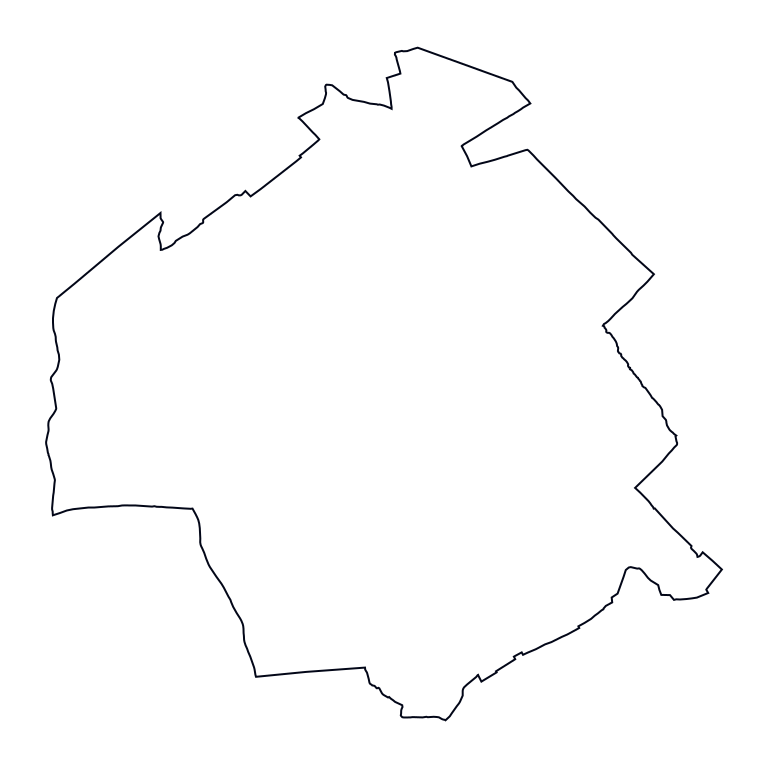 Cozmesti, Iasi, Romania (Albers equal-area conic projection)
{"feature_id": "2599482B90266436678588", "entity_name": "Cozmesti", "entity_type": "district", "adm_level": 2, "iso_a3": "ROU", "parent_name": "Romania", "parent_adm1": "Iasi", "projection": "albers", "projection_center": [28.011, 46.872], "detail": "fine", "context": "isolated", "style": "outline", "palette": "ink", "viewbox_px": 768, "rotation_deg": 0, "n_neighbors": 0, "source": "geoboundaries", "source_scale": "gbopen_adm2", "svg_char_len": 6027}
<svg xmlns="http://www.w3.org/2000/svg" viewBox="0 0 768 768"><path d="M523.0,654.8L528.0,652.5L535.9,649.2L545.0,644.4L551.4,642.1L561.8,636.9L567.3,634.5L579.2,628.0L578.4,626.3L584.6,622.9L591.2,618.8L594.8,615.6L598.0,613.3L601.6,610.3L603.4,609.3L603.5,608.6L605.8,605.9L612.2,602.4L611.7,597.5L617.6,593.6L623.6,576.8L625.8,570.0L628.8,567.5L630.8,567.1L637.2,568.6L639.1,568.4L640.0,568.8L641.7,570.2L644.6,573.5L647.9,577.8L650.7,580.5L658.2,585.1L659.4,589.9L661.3,594.9L670.0,595.1L674.0,599.9L676.3,599.3L679.9,599.5L686.7,599.0L691.8,598.4L696.9,597.6L708.2,593.0L706.3,589.7L706.8,588.8L721.9,569.5L712.4,560.7L702.7,552.3L700.1,555.8L698.7,556.6L697.5,556.9L697.0,554.6L696.5,553.7L693.9,551.0L691.6,548.9L691.0,547.8L691.5,546.0L677.8,532.7L673.1,528.5L654.8,508.4L653.7,508.6L653.3,507.5L652.8,506.7L651.5,505.2L650.4,503.5L648.6,501.2L640.4,492.8L635.1,487.9L662.3,461.5L668.8,453.5L671.9,450.3L674.2,447.5L676.4,445.4L676.9,444.8L677.1,444.1L677.1,442.8L676.5,441.4L675.5,436.4L676.3,435.6L674.1,434.0L672.6,432.4L671.8,431.9L670.0,430.3L669.3,429.4L667.0,425.4L666.4,422.6L666.3,421.3L665.9,419.9L662.6,416.2L662.1,409.8L660.2,406.4L659.0,404.9L658.5,404.7L657.3,403.3L656.7,402.4L654.0,399.4L652.6,398.1L652.2,398.0L650.4,394.9L645.4,387.9L643.9,387.3L642.6,386.2L642.3,385.9L642.3,385.2L641.4,383.7L640.7,381.5L640.1,381.1L639.4,379.9L638.1,378.4L638.0,377.8L636.9,377.2L634.9,374.5L633.6,373.5L633.3,372.4L631.8,370.3L630.0,369.3L630.2,368.6L630.1,367.8L628.8,367.4L628.7,366.9L628.0,365.9L628.2,364.3L627.1,362.3L625.8,360.7L623.9,359.1L623.5,358.5L622.3,357.6L621.2,355.9L621.2,354.6L620.7,353.7L619.3,353.3L618.7,352.2L618.3,352.0L617.9,351.0L618.2,348.1L618.0,347.2L617.2,346.2L616.7,343.5L615.8,341.4L613.7,338.2L612.5,336.9L611.3,334.8L610.0,333.3L609.0,332.8L607.9,332.9L607.0,332.6L606.4,332.2L606.2,331.4L606.4,330.5L606.1,329.6L605.1,328.2L604.6,327.8L604.2,326.3L602.9,325.8L604.0,324.0L605.8,323.0L608.3,321.0L610.8,318.5L615.0,313.9L622.8,306.8L626.5,303.8L632.5,298.2L637.0,291.8L638.8,289.8L643.5,285.6L647.4,281.7L653.9,274.2L632.2,254.7L631.1,252.9L616.1,238.2L613.3,235.2L612.4,234.0L598.4,219.6L595.5,217.7L590.2,212.6L584.6,206.5L576.1,199.1L573.2,195.9L568.4,191.4L555.9,178.3L536.9,159.3L533.5,155.5L528.5,150.5L527.4,149.8L525.4,150.2L507.8,155.7L507.0,156.1L504.5,156.7L495.1,159.7L487.9,161.7L479.7,163.7L471.4,166.4L467.1,156.2L461.7,146.1L462.0,145.7L462.6,145.5L463.3,144.7L476.6,136.7L486.3,130.3L498.0,123.2L503.1,119.9L507.3,117.7L509.0,116.4L513.5,114.0L514.9,112.9L517.9,111.2L521.0,109.2L523.1,107.6L530.3,103.5L528.1,100.5L525.6,98.1L519.1,90.4L516.3,87.7L512.4,81.9L417.7,47.7L413.5,48.9L407.2,51.1L403.2,51.3L401.9,50.9L396.3,52.2L395.0,52.8L394.9,54.7L395.7,55.9L396.4,57.6L396.7,59.5L399.9,71.0L400.4,73.6L386.8,78.0L388.0,82.3L389.5,91.4L390.9,101.4L391.1,104.1L391.6,107.0L391.6,108.8L389.6,107.8L384.0,105.6L379.7,104.5L377.9,104.7L376.9,104.3L370.0,103.6L364.1,101.9L352.6,99.9L347.9,97.9L347.4,97.4L346.7,95.9L346.2,95.2L343.6,94.6L339.9,91.3L332.2,85.3L329.7,84.9L326.5,84.7L325.9,85.1L325.2,86.6L325.6,89.3L325.7,91.3L326.1,92.8L326.0,94.2L324.9,98.2L322.8,104.0L314.0,109.2L305.9,113.2L298.5,117.6L298.5,118.0L299.2,118.3L302.5,121.4L312.8,132.4L315.4,134.9L319.3,139.3L318.4,140.3L313.3,144.7L302.7,153.5L299.7,155.7L301.0,157.4L296.3,161.3L260.5,189.2L250.6,196.4L245.4,191.0L241.7,194.8L240.7,195.3L238.9,195.4L237.4,194.8L235.1,195.2L226.6,202.3L203.9,218.8L203.4,219.3L203.1,219.9L203.2,222.2L203.1,222.6L202.7,223.1L200.1,224.1L197.6,227.0L189.7,233.4L187.6,234.7L182.6,236.6L175.8,240.9L174.5,243.0L171.8,245.3L167.1,247.8L163.9,248.9L162.4,249.7L160.8,249.9L160.8,246.0L160.6,244.2L159.1,239.0L158.5,236.3L159.4,232.9L160.5,230.7L160.8,227.9L161.0,227.2L163.1,222.7L163.1,222.0L161.2,219.3L160.6,218.2L160.5,213.0L118.5,246.7L74.5,283.7L57.0,298.0L55.3,303.8L53.8,310.8L53.0,318.2L53.0,322.6L53.3,328.1L53.7,330.4L55.0,333.9L55.7,336.9L55.8,339.9L56.0,341.7L57.3,347.4L57.6,350.4L58.9,354.6L59.3,359.8L57.8,366.8L57.0,369.2L56.3,370.5L51.3,377.1L51.0,378.1L50.8,379.7L50.9,380.7L52.2,383.8L53.2,388.6L56.2,408.1L56.2,408.9L55.3,410.9L53.5,413.9L50.2,418.4L48.7,421.4L48.4,423.2L48.3,425.4L48.6,429.3L48.5,431.0L47.5,435.0L46.1,442.0L46.2,444.0L47.2,448.5L47.9,452.8L48.5,454.1L48.5,455.2L48.9,455.9L50.4,460.7L50.8,463.3L51.2,467.1L51.7,469.6L53.2,473.9L54.8,479.3L54.9,480.4L54.5,483.3L53.7,492.4L53.2,495.5L52.1,507.9L52.1,509.4L52.7,511.7L52.7,513.1L52.9,515.3L60.0,513.0L66.8,510.5L73.1,509.2L88.8,507.5L94.7,507.5L108.4,506.4L117.9,506.2L121.9,505.5L124.4,505.4L135.9,505.5L152.1,506.6L154.4,506.2L156.8,506.8L162.0,506.9L166.8,507.4L172.2,507.6L183.3,508.4L190.7,508.8L192.5,508.6L195.5,514.0L197.2,517.4L198.3,520.0L199.2,523.5L199.8,528.2L200.3,538.4L200.2,542.3L200.6,544.7L201.2,546.3L202.2,548.3L204.2,552.8L206.2,558.7L208.6,564.6L209.9,567.0L216.3,576.6L221.5,583.8L223.8,587.6L228.5,596.7L230.4,599.8L231.2,602.2L233.2,606.9L236.7,613.1L240.1,618.4L241.3,620.6L242.7,624.0L243.2,626.0L243.5,628.8L243.6,633.1L243.9,635.8L244.1,639.9L244.5,642.0L245.6,645.4L247.1,648.7L248.2,651.9L250.3,656.7L254.1,667.5L254.6,669.6L255.4,674.7L255.9,676.5L256.0,676.5L256.1,676.8L306.2,671.9L365.0,667.6L365.2,669.6L366.2,671.4L366.7,672.1L367.1,673.0L368.7,678.9L369.5,682.8L370.1,683.8L371.8,684.9L372.2,685.4L374.3,685.8L374.9,686.2L376.6,688.2L377.5,688.2L378.3,687.8L379.3,688.3L381.9,693.2L382.8,694.3L383.9,695.1L388.1,697.5L389.1,697.0L390.9,698.7L393.2,700.3L395.1,701.9L402.2,705.2L402.5,707.0L401.6,709.0L401.2,710.5L401.1,713.6L400.8,715.4L401.3,716.2L402.3,717.2L404.0,717.5L410.3,717.4L412.6,717.1L422.6,717.4L426.4,716.8L427.8,717.2L433.7,716.8L436.7,717.0L438.9,717.3L442.0,719.1L443.4,719.6L444.7,719.8L445.5,720.3L449.8,716.3L451.7,713.4L456.8,706.2L459.0,703.4L460.0,701.7L462.7,695.6L462.7,691.1L462.8,690.1L463.3,688.6L464.1,687.3L467.1,684.5L476.2,677.0L477.7,675.1L478.1,674.9L478.4,675.7L481.4,681.6L496.6,672.4L496.0,671.3L515.2,659.2L513.9,656.6L521.7,652.4L523.0,654.8Z" fill="none" stroke="#020617" stroke-width="2"/></svg>